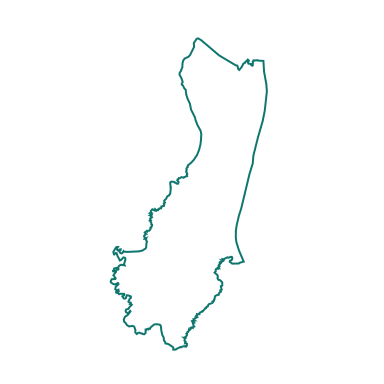 outline of Ban Phaeng, Nakhon Phanom, Thailand, rotated 34°
{"feature_id": "78962969B32872774308874", "entity_name": "Ban Phaeng", "entity_type": "district", "adm_level": 2, "iso_a3": "THA", "parent_name": "Thailand", "parent_adm1": "Nakhon Phanom", "projection": "robinson", "projection_center": [104.227, 17.874], "detail": "fine", "context": "isolated", "style": "outline", "palette": "teal", "viewbox_px": 384, "rotation_deg": 34, "n_neighbors": 0, "source": "geoboundaries", "source_scale": "gbopen_adm2", "svg_char_len": 6106}
<svg xmlns="http://www.w3.org/2000/svg" viewBox="0 0 384 384"><g transform="rotate(34 192 192)"><path d="M273.8,220.8L263.5,214.1L256.9,208.8L253.5,204.9L249.9,199.3L247.7,194.7L244.2,185.6L242.0,178.1L229.7,145.2L226.4,134.4L222.5,127.4L216.2,110.0L210.9,93.6L206.9,84.0L197.8,66.7L193.3,61.0L184.5,52.0L177.9,43.4L173.3,46.1L172.3,46.2L171.7,47.0L169.4,48.5L169.9,49.2L169.4,49.9L170.7,51.5L171.6,53.2L171.4,53.6L170.3,53.7L169.8,52.7L167.0,54.0L165.8,53.2L165.8,51.4L165.3,51.2L164.9,51.8L164.2,51.3L163.5,54.9L163.7,55.3L162.8,56.9L163.3,60.7L162.9,64.4L161.7,64.3L159.0,61.9L157.5,62.5L138.1,63.6L114.8,61.0L111.3,61.2L110.6,61.8L110.2,62.6L110.2,67.5L112.6,70.5L113.8,79.6L113.5,81.8L111.3,85.5L111.2,87.8L112.1,90.5L114.4,94.3L114.6,96.2L115.1,97.2L115.1,99.9L115.9,101.6L119.8,103.7L122.8,106.0L123.0,108.1L123.4,108.6L125.0,108.8L127.5,110.3L129.6,110.8L132.8,114.5L136.3,117.2L140.8,119.9L145.1,124.2L152.9,128.6L154.7,130.4L159.2,133.5L165.0,136.5L167.4,138.9L170.6,144.3L172.4,147.8L174.3,153.0L175.5,158.5L175.5,164.2L175.0,168.0L173.7,172.3L174.5,173.7L174.1,174.2L174.3,175.8L175.1,176.2L175.4,177.9L176.5,178.5L176.5,179.0L178.0,179.7L178.0,180.4L178.9,181.4L178.4,181.6L178.2,182.9L177.2,183.9L177.1,184.8L174.9,185.6L174.1,187.5L173.3,187.9L173.5,189.2L173.0,189.6L173.3,190.6L175.3,191.2L175.8,192.9L174.7,193.6L173.0,193.4L172.4,193.9L171.6,193.7L170.3,194.2L168.9,195.2L168.6,196.2L169.8,198.0L171.4,199.5L171.7,200.4L172.2,200.5L175.0,205.9L174.7,206.4L174.9,207.8L174.0,209.1L174.3,212.4L173.8,214.6L174.6,215.8L175.2,215.8L175.2,216.9L175.6,216.7L175.8,218.1L176.2,218.3L176.5,219.3L175.6,220.0L175.4,220.8L174.7,221.2L175.5,222.8L174.2,223.7L174.3,224.5L173.5,225.6L173.9,226.1L173.1,226.7L173.0,227.3L171.2,226.9L171.6,227.9L170.8,227.9L170.9,228.3L168.8,228.5L168.5,230.7L169.3,231.9L169.0,232.7L170.0,232.2L170.1,233.4L170.6,233.3L170.3,234.2L170.9,234.4L170.5,234.9L171.2,234.8L171.5,233.9L171.8,234.9L172.4,235.1L172.2,235.4L172.7,235.8L171.9,236.7L172.4,236.5L172.1,237.2L172.4,238.0L172.8,237.9L173.1,238.6L173.6,238.6L173.3,239.3L174.0,239.2L174.0,239.7L175.7,240.4L176.4,241.7L177.3,241.6L177.8,242.5L177.7,243.9L178.1,244.4L177.5,244.9L178.4,246.3L178.2,248.0L176.6,249.2L176.8,249.8L176.4,249.7L175.6,251.1L176.2,251.9L176.0,252.1L177.3,252.4L176.8,252.8L177.2,253.7L176.8,254.2L176.9,255.4L178.5,256.4L178.7,257.1L179.4,256.2L179.3,257.1L179.8,257.2L180.2,256.4L180.7,257.4L182.5,258.4L182.4,258.8L183.2,260.5L185.1,263.8L185.1,264.8L183.6,268.3L181.3,270.8L172.5,277.4L169.3,279.4L168.3,279.2L168.4,281.7L167.7,282.5L166.6,282.6L164.8,281.9L165.3,280.0L165.0,279.4L164.2,280.1L163.5,281.6L163.1,282.0L161.4,281.2L161.3,279.0L160.4,279.6L160.0,280.7L160.3,285.7L162.2,287.4L162.6,287.2L162.9,285.2L163.7,284.9L165.6,286.4L170.5,289.1L171.2,287.9L171.7,284.6L173.2,284.0L174.4,284.8L176.0,289.8L177.2,290.5L173.9,291.9L172.8,293.9L173.0,295.7L174.2,297.1L174.0,298.0L173.1,298.4L171.8,297.2L170.2,299.0L171.1,300.2L170.5,301.4L171.0,301.9L172.2,301.3L172.8,299.9L173.7,300.6L173.4,305.0L174.9,305.4L175.5,306.0L176.8,306.1L177.1,306.6L177.1,307.0L174.2,309.2L174.6,311.7L175.4,312.3L178.1,312.3L179.8,311.8L181.5,308.9L181.8,308.8L182.6,309.6L181.8,313.2L182.8,315.6L184.5,315.7L185.6,314.1L186.9,315.4L186.6,315.9L185.1,316.5L184.9,317.2L185.3,317.8L187.1,317.3L188.7,317.5L189.3,316.6L192.7,314.4L193.2,314.7L193.4,315.7L192.6,317.4L194.9,318.4L196.1,317.9L196.5,317.2L195.7,314.1L197.3,313.2L198.7,313.2L199.3,312.7L199.9,312.9L200.5,313.9L200.1,315.6L200.6,318.5L201.6,318.6L203.0,318.0L203.6,318.3L203.3,319.6L205.1,319.3L204.5,322.7L204.6,324.5L203.1,326.2L203.5,327.8L204.5,328.5L206.4,328.4L207.0,327.7L207.2,325.2L207.8,325.4L207.4,330.2L206.2,333.0L206.6,335.6L208.3,337.5L209.9,337.6L212.5,338.7L215.1,338.6L217.5,336.3L219.3,335.9L222.3,338.1L223.3,340.0L225.6,340.6L226.2,339.0L227.0,338.0L228.8,337.8L229.5,337.2L230.6,337.3L232.0,336.6L232.3,334.8L230.5,332.0L231.4,331.7L231.3,330.9L232.1,329.8L232.9,330.0L233.0,329.2L233.7,328.9L233.4,327.4L234.7,323.0L236.6,321.4L239.5,320.0L241.1,320.5L244.3,324.3L247.5,327.3L249.7,328.3L252.0,330.9L253.5,331.3L254.7,332.4L257.0,331.4L259.1,331.2L263.2,331.3L264.1,332.1L264.5,333.1L265.9,332.4L266.8,331.4L267.0,330.5L269.2,326.9L269.8,326.9L270.3,325.7L271.9,324.1L272.6,324.1L272.9,323.4L273.5,323.4L273.3,322.4L273.6,322.1L272.6,320.6L271.5,320.8L270.8,320.1L270.6,320.7L270.4,320.2L268.9,319.5L268.9,318.9L267.7,317.6L268.6,317.2L267.1,317.2L267.9,316.7L267.4,316.5L267.9,315.9L267.6,315.6L268.0,314.0L267.6,312.9L267.0,312.7L267.3,312.4L266.4,311.0L267.1,310.1L266.4,307.8L267.1,308.1L267.5,306.3L266.7,305.5L267.1,305.0L267.4,305.2L267.5,304.5L268.4,304.3L268.2,304.1L268.9,302.7L268.3,302.8L268.2,301.9L266.5,300.7L266.4,300.0L266.7,299.5L266.2,299.4L265.9,300.0L264.8,299.4L266.1,298.8L264.8,298.3L265.9,297.3L265.2,297.4L264.6,296.8L265.0,296.7L264.8,296.1L265.2,295.6L265.1,294.2L265.6,294.2L266.2,293.0L265.5,293.1L265.4,292.5L264.8,292.7L264.9,292.0L264.4,290.7L265.1,290.7L265.2,290.1L266.3,289.3L266.0,289.0L266.3,288.8L266.0,288.4L266.1,287.2L267.5,285.4L267.2,284.8L267.7,284.4L268.1,280.4L268.5,280.3L268.3,279.0L269.1,278.0L268.6,276.3L268.8,275.4L270.8,272.9L271.0,271.8L270.2,271.3L270.7,270.4L271.0,270.6L271.0,269.6L270.4,268.7L270.6,268.0L269.9,267.0L269.4,265.2L270.9,262.6L271.6,262.4L271.0,260.7L271.3,260.0L271.1,259.5L271.7,258.4L270.4,257.7L271.2,256.3L268.6,254.0L269.4,252.6L267.5,249.9L264.1,249.4L263.1,250.0L262.5,249.9L261.2,249.1L260.9,247.8L259.6,246.7L255.8,246.2L256.0,244.4L255.0,243.1L255.0,242.5L255.8,241.6L255.4,241.5L255.6,240.8L256.0,241.4L256.4,241.2L255.8,239.9L256.0,239.5L256.9,239.6L256.2,238.8L256.3,238.2L255.1,238.0L255.1,237.3L254.5,237.6L255.4,236.9L255.5,235.8L255.0,235.9L254.3,234.8L254.8,234.4L254.6,234.1L255.2,234.8L255.7,234.5L255.7,233.3L255.1,233.4L255.8,232.1L255.2,232.0L256.0,231.7L255.5,231.3L256.1,230.7L255.1,230.4L256.0,229.8L257.9,226.3L259.1,226.1L260.5,223.9L261.5,223.6L262.3,224.1L262.8,225.2L262.9,226.4L261.9,227.7L262.2,228.7L265.4,228.9L270.8,225.1L271.1,224.0L273.8,220.8Z" fill="none" stroke="#0f766e" stroke-width="2"/></g></svg>